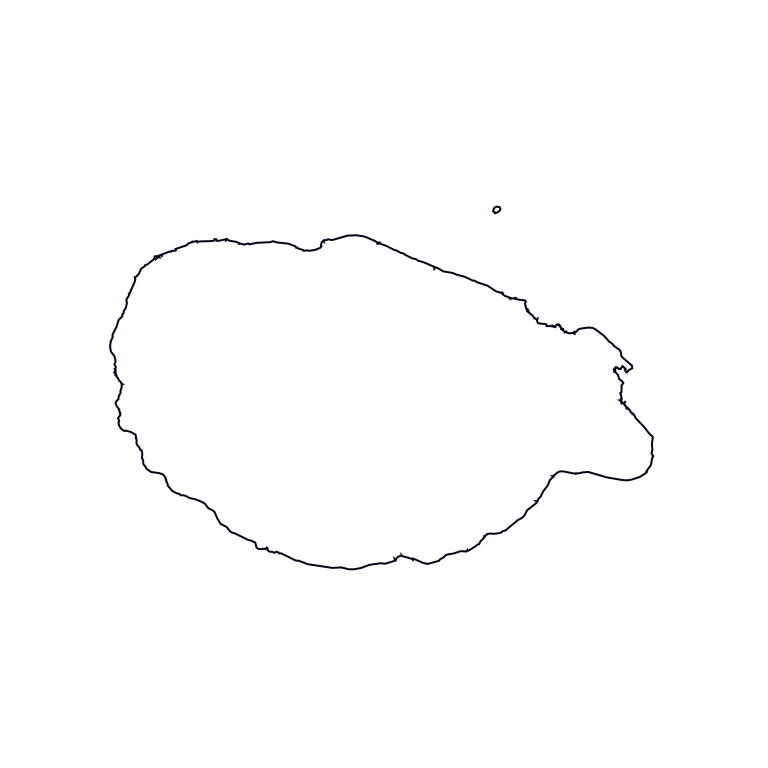 outline of Camiguin, Camiguin, Philippines, rotated 306°
{"feature_id": "2640588B70398489528347", "entity_name": "Camiguin", "entity_type": "district", "adm_level": 2, "iso_a3": "PHL", "parent_name": "Philippines", "parent_adm1": "Camiguin", "projection": "equal_earth", "projection_center": [124.72, 9.168], "detail": "fine", "context": "isolated", "style": "outline", "palette": "ink", "viewbox_px": 768, "rotation_deg": 306, "n_neighbors": 0, "source": "geoboundaries", "source_scale": "gbopen_adm2", "svg_char_len": 6167}
<svg xmlns="http://www.w3.org/2000/svg" viewBox="0 0 768 768"><g transform="rotate(306 384 384)"><path d="M324.5,120.3L323.9,119.6L322.4,121.4L318.8,122.6L307.7,124.9L307.1,124.5L306.1,125.6L300.7,126.0L298.4,128.4L293.9,130.4L289.8,130.6L288.3,131.7L286.8,131.4L285.5,131.9L285.2,132.5L279.8,131.7L272.9,134.0L264.3,135.4L262.5,136.9L257.8,137.9L253.4,140.3L249.7,144.0L248.1,149.4L246.3,151.8L243.8,153.9L241.4,154.3L240.3,156.9L237.9,158.0L237.7,157.5L237.1,158.2L237.4,158.8L236.0,159.8L234.9,158.9L234.1,159.7L234.9,159.4L235.2,160.2L234.1,162.0L233.5,161.5L233.4,160.3L233.5,162.5L232.9,162.8L232.4,165.2L230.9,168.0L231.0,169.5L229.9,171.7L230.1,172.5L229.5,172.1L226.7,173.9L223.4,174.8L222.5,176.0L218.0,176.7L215.5,178.1L212.3,177.5L210.7,178.1L209.0,180.7L207.7,184.9L207.1,185.0L205.7,187.5L205.3,187.2L203.9,189.0L199.9,188.9L198.5,191.5L197.1,191.7L194.6,194.1L193.4,197.3L193.2,200.6L193.7,202.0L194.7,202.8L196.5,207.7L196.9,212.8L194.9,215.1L194.4,214.9L193.5,216.6L190.4,218.7L189.3,220.9L189.0,223.1L187.7,225.1L187.5,226.1L187.9,226.6L187.4,227.4L185.5,229.5L181.8,231.7L180.8,233.9L177.7,236.4L176.7,240.2L175.8,241.4L175.9,247.2L179.9,254.8L180.9,258.5L180.1,261.6L179.5,262.3L178.7,261.8L179.5,262.7L179.0,263.6L178.1,263.8L177.8,265.0L176.7,265.7L176.5,266.9L174.6,269.0L173.0,275.9L173.8,280.7L174.9,283.0L174.5,284.9L176.3,287.5L177.4,291.7L177.3,293.4L180.0,299.5L181.5,305.5L181.9,309.5L180.3,314.7L181.1,320.6L180.7,322.4L177.2,328.2L174.8,334.1L175.8,340.8L174.3,346.2L174.5,348.5L175.5,351.3L178.1,366.0L179.2,368.5L180.0,373.1L176.9,376.8L176.6,378.8L178.3,382.0L179.2,382.4L180.9,385.2L182.6,385.2L182.6,386.1L181.1,386.2L182.2,386.5L181.1,387.9L181.1,390.1L182.6,392.3L183.0,394.5L184.9,395.4L185.6,397.0L185.4,399.0L186.5,400.2L189.3,416.3L190.9,419.1L190.8,418.2L193.3,428.0L204.9,450.4L210.4,457.1L213.5,464.6L216.8,469.0L221.6,473.5L229.0,478.4L236.8,486.4L239.3,490.6L246.9,496.3L248.2,496.7L248.0,495.9L248.1,495.3L248.2,496.3L248.7,495.6L248.6,496.7L251.7,496.7L253.7,497.6L255.4,499.3L255.8,498.9L255.5,500.2L258.0,506.5L259.0,509.9L258.7,510.7L259.9,510.2L262.3,520.9L264.1,525.1L273.3,532.4L274.6,532.3L279.4,534.3L281.3,534.3L283.6,535.8L287.9,540.0L294.0,544.4L296.3,548.2L296.6,547.4L296.7,548.5L297.6,549.3L298.6,549.2L298.3,549.6L299.0,550.4L306.9,553.6L308.6,553.7L310.4,555.1L313.4,554.5L317.7,555.3L319.9,555.2L319.9,554.6L322.1,555.7L323.2,555.6L325.5,557.9L327.6,561.3L331.5,565.2L333.5,566.5L334.8,566.4L336.8,568.3L352.7,572.3L356.6,574.3L360.4,574.9L366.0,574.0L377.1,577.2L378.4,577.0L378.5,575.5L379.7,577.1L381.9,576.3L384.4,577.0L390.6,575.9L398.1,576.1L403.8,574.7L409.7,575.7L408.3,574.9L408.5,574.2L409.1,575.0L414.9,576.6L416.6,577.7L418.5,580.1L424.0,591.8L424.6,591.7L425.5,593.4L429.6,597.0L432.9,600.9L439.2,618.6L446.3,633.1L448.7,637.0L451.9,640.3L459.2,645.6L466.6,648.4L467.5,648.3L467.6,647.6L475.2,647.6L482.2,644.3L483.9,644.3L485.0,641.3L488.4,639.9L492.8,636.1L499.3,632.5L500.0,626.9L502.1,619.9L504.3,607.7L506.2,604.1L505.6,602.8L506.4,602.3L506.2,600.1L506.9,598.7L506.8,599.9L507.8,595.8L507.1,595.5L507.7,595.1L507.4,594.4L507.9,594.5L507.9,593.2L508.6,593.5L508.2,593.3L508.4,591.3L509.0,590.0L512.2,589.5L508.7,589.3L509.4,586.8L508.3,587.0L509.4,585.5L509.9,586.4L509.6,584.7L510.3,585.5L511.3,584.4L511.9,585.0L515.6,580.5L516.4,581.0L518.0,580.3L522.3,577.1L525.6,577.0L526.3,574.4L526.2,571.5L528.9,567.8L529.5,564.7L529.2,563.1L530.5,563.3L530.6,561.4L531.5,561.2L531.6,562.5L532.6,561.8L533.4,562.4L533.9,561.8L534.6,563.1L534.2,565.2L535.2,566.6L538.6,566.3L538.4,569.4L538.0,569.6L538.4,570.3L537.8,571.0L536.8,571.0L536.0,572.7L536.3,573.7L539.0,573.8L542.6,575.6L544.6,573.8L545.7,560.8L546.4,559.3L549.2,556.7L550.1,554.3L549.9,547.8L550.8,545.2L550.6,541.5L552.3,533.6L552.5,522.9L552.0,519.9L550.0,516.4L544.6,510.7L542.1,509.0L539.3,508.9L538.0,507.3L536.7,508.7L536.0,506.4L534.0,504.3L533.0,501.5L533.6,500.7L532.0,499.8L532.7,499.2L532.4,498.1L533.8,496.5L533.4,495.8L532.7,496.7L532.5,494.9L533.6,494.5L534.0,492.0L534.4,492.4L534.8,491.8L534.9,490.2L534.3,489.7L534.9,489.2L533.8,489.5L533.4,488.6L531.4,488.5L531.0,489.8L530.6,487.7L530.4,488.3L528.6,484.4L526.4,481.5L527.7,480.1L523.9,473.3L523.9,472.3L525.3,470.4L526.7,469.9L525.8,469.6L526.2,467.2L525.8,467.8L525.4,467.0L526.7,464.5L527.0,457.1L527.5,457.0L528.3,455.3L528.9,456.0L528.2,457.5L527.8,457.3L528.2,457.7L529.0,456.0L528.3,455.2L528.7,454.5L532.0,450.8L534.2,450.3L534.5,449.0L531.1,442.7L530.7,441.4L531.0,440.7L530.2,440.4L530.7,439.4L530.3,438.4L530.4,439.3L529.5,439.0L528.6,437.1L527.4,436.5L527.9,436.1L527.6,435.4L526.4,435.0L527.8,435.0L526.3,429.9L526.4,427.5L527.3,427.1L526.6,425.7L527.3,425.4L526.2,424.1L524.8,420.2L524.4,410.0L520.9,399.0L520.9,396.7L519.8,394.8L518.2,386.2L515.3,379.0L514.2,374.3L510.0,365.8L509.2,358.2L508.6,357.2L506.8,357.0L508.3,355.8L505.8,344.7L503.7,338.8L503.9,336.9L502.3,333.2L500.9,325.0L501.1,323.6L499.8,319.7L499.4,315.7L498.5,313.6L497.0,304.3L495.1,297.9L493.0,295.7L495.4,296.6L494.4,295.0L494.5,293.1L491.9,281.6L488.2,274.4L482.7,267.4L469.9,257.4L468.1,253.5L466.5,252.9L465.3,251.0L464.0,251.0L463.7,251.5L463.6,250.5L461.4,250.5L459.3,251.4L458.6,252.5L456.5,252.3L452.0,249.4L448.1,245.6L446.9,243.3L444.6,240.8L445.0,240.3L443.3,235.2L443.3,233.7L442.6,232.9L443.3,231.5L441.3,224.1L435.6,214.2L434.2,210.2L431.9,208.6L423.5,198.2L417.7,192.8L417.9,191.5L414.7,189.1L412.7,184.2L411.4,184.6L412.6,183.7L412.6,183.0L412.1,180.8L409.0,174.6L408.9,171.6L406.2,172.1L408.3,171.1L402.4,165.9L401.7,164.7L402.5,163.4L401.6,162.2L402.1,161.2L400.4,162.5L398.1,160.3L391.5,151.7L389.5,149.5L389.0,149.5L389.6,148.4L387.1,146.4L386.7,145.3L386.0,145.4L382.9,143.2L379.8,142.5L370.7,136.0L370.0,137.0L369.4,136.9L366.9,134.1L366.0,134.2L365.3,132.8L357.5,127.7L356.7,130.0L357.3,127.6L355.1,126.2L354.5,128.0L353.7,126.6L351.8,126.2L353.1,125.7L354.7,126.0L352.5,123.5L350.0,124.6L341.5,122.2L339.8,120.9L338.6,121.2L334.7,119.8L329.0,120.9L324.5,120.3ZM593.8,371.0L592.0,369.8L589.8,369.9L587.8,370.8L588.0,372.4L587.3,373.3L590.0,375.2L593.1,375.8L594.4,374.9L595.0,373.5L593.8,371.0Z" fill="none" stroke="#020617" stroke-width="2"/></g></svg>